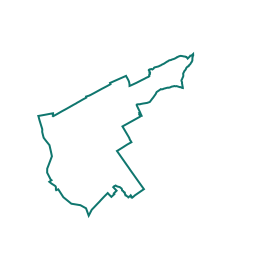 the district of Lipanesti, Prahova, Romania, rotated 326°
{"feature_id": "2599482B42287242425704", "entity_name": "Lipanesti", "entity_type": "district", "adm_level": 2, "iso_a3": "ROU", "parent_name": "Romania", "parent_adm1": "Prahova", "projection": "robinson", "projection_center": [26.047, 45.053], "detail": "fine", "context": "isolated", "style": "outline", "palette": "teal", "viewbox_px": 256, "rotation_deg": 326, "n_neighbors": 0, "source": "geoboundaries", "source_scale": "gbopen_adm2", "svg_char_len": 5329}
<svg xmlns="http://www.w3.org/2000/svg" viewBox="0 0 256 256"><g transform="rotate(326 128 128)"><path d="M46.4,178.7L52.2,175.5L55.5,174.8L59.5,173.9L63.3,173.1L64.8,172.7L69.7,171.6L74.8,170.6L75.1,172.7L75.7,175.8L79.7,175.2L79.7,174.3L83.5,173.6L82.7,168.8L84.1,168.5L84.6,168.7L85.0,168.7L85.4,168.8L85.6,168.8L86.0,169.9L86.2,170.1L87.0,171.2L87.7,171.9L88.0,172.3L88.1,172.5L88.3,172.8L88.4,173.4L88.8,174.4L88.8,174.7L88.8,175.0L88.6,175.6L88.4,176.0L88.3,176.3L88.2,176.5L88.7,177.5L88.7,178.6L88.7,178.8L88.8,178.9L89.1,179.2L89.2,179.4L89.2,179.6L89.2,179.8L88.9,180.1L88.7,180.4L88.7,180.7L88.7,181.0L88.6,181.4L88.4,181.6L88.4,181.8L88.4,182.0L88.3,182.3L88.5,182.4L88.4,182.6L88.6,183.0L89.0,184.0L89.3,184.4L89.4,184.9L89.5,185.2L89.5,185.7L90.8,185.6L91.4,185.6L91.7,185.6L92.2,185.4L92.6,185.3L92.6,186.7L92.0,186.7L92.0,187.4L92.7,187.3L92.8,188.1L93.6,188.0L94.0,188.0L95.3,187.8L95.8,187.7L106.0,187.6L107.0,187.6L106.8,180.8L106.4,164.6L106.4,161.2L106.3,157.5L106.0,140.9L107.7,141.0L118.3,141.3L122.9,141.7L123.0,140.5L123.0,140.2L123.0,139.7L123.0,139.2L123.0,138.8L123.1,138.6L123.2,138.1L123.3,137.5L123.4,137.1L123.5,136.9L124.3,123.6L126.6,123.8L129.9,124.1L133.5,124.4L142.6,125.2L143.7,125.3L144.7,125.3L144.9,123.3L145.4,123.4L145.6,121.8L146.3,121.9L145.8,125.4L146.1,125.5L146.7,121.6L146.8,121.6L147.9,114.1L148.3,113.5L148.9,113.6L150.5,114.5L150.8,114.8L151.1,115.0L151.3,115.0L151.9,115.2L154.3,116.2L157.9,117.9L158.7,118.1L160.6,118.6L162.7,117.9L164.1,117.4L165.8,116.9L168.4,115.9L169.8,115.4L171.3,114.5L171.9,114.2L176.3,114.2L176.9,114.1L177.4,114.6L177.5,114.8L177.9,115.0L178.3,115.1L178.7,115.3L179.6,115.4L180.1,115.6L180.5,115.7L181.2,116.0L182.3,116.3L183.0,116.6L183.5,116.8L183.8,116.9L184.1,117.3L184.5,117.5L184.9,117.6L185.3,117.8L187.2,118.1L187.6,118.2L188.6,118.7L189.2,118.9L189.9,119.1L190.4,119.7L190.8,120.0L191.2,120.2L191.5,120.3L191.8,120.6L192.0,120.8L192.4,121.3L192.8,121.8L193.7,123.0L193.9,123.1L194.1,123.2L194.4,123.5L194.9,124.4L195.4,125.1L195.8,125.5L196.1,125.0L196.5,124.1L196.8,123.3L197.2,122.5L197.6,121.5L197.7,121.2L197.9,121.0L198.2,120.6L198.4,120.2L198.5,119.7L198.6,119.1L198.8,118.7L199.0,118.3L199.8,117.9L200.6,117.4L201.0,117.1L201.8,116.6L202.4,116.3L202.7,116.0L203.3,115.3L203.6,114.8L203.8,114.3L204.0,114.0L204.2,113.7L204.4,113.6L204.5,113.5L204.7,113.4L205.5,113.0L205.9,112.7L206.4,112.4L206.6,112.3L207.1,112.2L207.6,112.1L209.0,111.5L209.2,111.3L209.8,110.9L210.2,110.7L210.9,110.6L211.5,110.4L211.9,110.4L212.5,110.7L212.8,110.7L213.4,110.2L213.6,110.2L213.9,110.1L214.4,110.0L214.8,110.0L215.0,110.0L215.2,109.9L215.5,109.8L216.5,109.3L217.4,109.0L217.7,108.9L217.8,108.7L218.0,108.6L218.5,108.4L218.9,108.2L219.0,108.1L219.4,107.6L220.2,106.5L220.4,106.2L220.7,105.8L221.1,105.4L221.3,105.3L221.5,105.2L222.1,104.5L222.7,104.2L222.8,104.1L223.1,103.5L223.1,103.4L223.3,103.1L222.7,103.2L222.1,103.3L221.1,103.4L220.9,103.4L220.7,103.3L220.1,102.9L219.8,103.1L219.5,103.2L216.9,103.7L216.3,103.8L216.3,103.1L216.2,102.4L216.2,101.9L215.9,101.8L215.8,101.7L215.7,101.5L215.7,101.3L215.6,101.1L215.1,100.5L214.9,100.4L214.7,100.3L214.0,99.6L213.5,99.0L213.4,98.9L213.0,98.6L212.3,97.9L212.1,97.7L211.9,97.6L211.2,97.4L210.9,97.3L210.8,97.2L210.3,97.1L209.8,97.0L209.1,96.9L208.8,96.9L208.6,96.9L208.3,96.7L208.0,96.8L207.8,96.8L207.1,96.7L206.5,96.7L206.2,96.7L205.8,96.6L205.2,96.5L204.5,96.4L203.4,96.0L203.1,95.9L202.1,95.7L201.7,95.7L200.1,95.0L199.2,94.9L198.8,94.9L198.3,95.0L198.0,95.0L197.8,94.9L197.5,94.8L197.3,94.8L196.7,94.8L196.4,94.8L195.9,94.8L195.5,94.8L194.7,94.8L193.9,94.8L191.4,94.4L191.0,94.4L190.2,94.4L188.9,94.1L188.3,94.1L188.0,94.0L187.7,94.0L184.4,92.8L183.7,92.6L183.3,92.6L182.8,92.9L182.2,93.1L181.8,93.1L180.9,93.1L180.4,92.2L180.1,92.1L179.6,91.9L178.9,91.6L178.6,91.5L177.8,91.5L177.6,91.6L177.5,91.8L177.6,92.2L177.6,92.3L177.5,92.5L177.6,92.8L177.4,93.1L177.4,93.3L177.2,93.4L177.1,93.5L177.3,93.8L177.3,94.0L177.2,94.0L177.0,94.3L177.0,94.6L176.9,94.8L176.7,94.8L176.6,94.7L176.4,95.0L176.2,95.1L176.2,95.3L176.2,95.6L175.9,95.7L175.5,95.7L175.4,95.7L175.2,95.9L175.1,96.0L174.9,96.3L174.9,96.5L174.8,96.9L174.6,97.0L173.8,97.0L173.3,97.0L172.5,96.8L171.9,96.7L171.4,96.6L169.2,96.4L165.5,95.9L163.7,95.7L161.4,95.4L160.4,95.3L154.8,94.4L153.2,94.1L152.8,94.0L153.2,93.4L153.9,92.1L154.2,91.5L154.5,90.7L154.8,89.8L155.0,88.7L155.1,88.1L155.2,86.9L155.3,86.0L155.4,85.2L155.3,84.6L155.5,83.7L147.2,82.2L138.3,80.6L138.0,81.9L134.5,81.6L130.8,81.2L128.3,80.9L118.6,80.0L116.8,79.8L115.6,79.7L114.8,79.5L114.5,79.6L110.8,78.5L110.4,79.5L106.4,79.1L101.9,78.8L100.0,78.6L98.8,78.6L95.8,78.3L86.7,77.6L82.8,77.2L77.1,76.8L74.8,76.6L72.0,76.3L71.7,76.3L71.9,76.2L72.2,76.1L72.6,75.9L73.0,75.7L73.3,75.5L73.4,75.4L73.4,74.7L73.2,74.3L73.3,74.2L73.6,74.2L73.8,74.3L73.9,74.2L74.1,73.9L73.3,73.5L67.2,70.9L60.4,67.9L60.3,68.3L59.5,70.6L59.1,71.7L57.9,75.6L56.3,80.9L55.7,81.9L54.7,83.2L53.5,86.4L52.7,88.7L52.6,89.1L52.7,89.6L52.7,90.8L52.9,93.5L53.3,98.3L50.9,104.5L49.1,108.9L40.5,115.0L38.3,116.5L36.0,119.8L35.1,127.3L35.4,128.5L32.7,128.6L33.5,131.3L34.6,133.8L35.2,135.3L35.3,135.6L35.3,136.1L35.2,136.4L35.1,136.8L34.7,137.4L33.9,138.6L33.7,138.9L33.7,139.2L33.7,139.4L35.9,139.8L35.7,149.2L38.7,159.1L45.4,165.4L48.3,171.1L46.4,178.7Z" fill="none" stroke="#0f766e" stroke-width="2"/></g></svg>